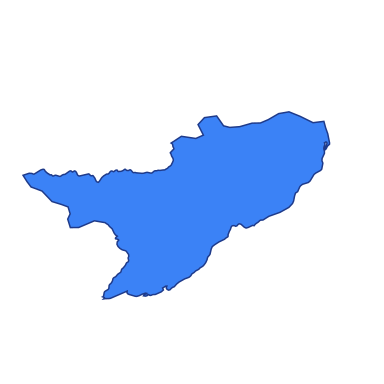 the Autonomous Province of Atsimo-Andrefana, rotated 247°
{"feature_id": "MDG-5866", "entity_name": "Atsimo-Andrefana", "entity_type": "Autonomous Province", "adm_level": 1, "iso_a3": "MDG", "parent_name": "Madagascar", "parent_adm1": "", "projection": "orthographic", "projection_center": [44.623, -23.116], "detail": "fine", "context": "isolated", "style": "filled", "palette": "blue", "viewbox_px": 384, "rotation_deg": 247, "n_neighbors": 0, "source": "natural_earth", "source_scale": "10m", "svg_char_len": 6040}
<svg xmlns="http://www.w3.org/2000/svg" viewBox="0 0 384 384"><g transform="rotate(247 192 192)"><path d="M205.5,341.0L198.9,340.1L192.5,339.7L183.4,337.8L182.2,337.2L181.3,334.6L179.3,332.3L178.8,330.8L180.0,331.3L181.1,332.3L183.0,334.5L184.3,335.4L185.3,335.4L185.8,334.7L185.5,333.1L184.6,333.3L183.7,332.8L182.1,331.3L181.1,330.6L180.2,330.2L179.2,330.0L178.0,329.9L175.8,329.0L172.1,324.9L169.9,323.8L167.9,323.8L167.2,323.6L162.3,320.3L161.6,318.8L161.1,313.5L160.5,311.2L156.0,305.0L155.3,302.8L155.9,296.7L155.3,294.4L154.7,293.3L152.0,290.4L151.7,290.1L151.4,289.8L151.0,289.3L150.9,288.7L150.7,287.3L150.4,286.7L148.3,284.9L144.0,282.0L142.1,280.0L140.0,275.2L138.9,265.0L139.6,253.2L138.5,246.6L138.6,246.0L139.1,244.7L139.3,244.0L139.2,243.3L138.4,241.2L137.9,238.5L137.5,237.3L136.7,236.1L137.6,234.7L137.4,229.9L137.7,227.7L139.1,226.4L143.2,224.5L144.3,223.0L144.2,221.9L143.3,220.1L143.4,218.8L144.4,217.9L144.7,217.4L145.1,216.3L145.1,215.7L144.9,215.0L144.2,214.1L142.5,212.7L141.3,211.1L138.6,208.5L138.2,208.3L137.8,208.2L137.4,208.1L136.9,207.6L136.7,207.3L136.5,205.7L135.8,203.4L135.5,197.3L134.6,192.2L133.8,189.3L132.0,187.4L127.7,184.3L127.0,183.3L126.0,181.2L125.1,180.3L123.9,179.5L121.7,177.1L120.4,175.0L119.7,173.6L119.4,172.6L119.0,169.8L118.2,168.0L117.9,164.4L117.1,162.5L116.7,160.1L116.4,159.5L115.5,158.4L115.2,157.7L114.7,156.2L114.7,154.6L114.9,151.4L114.2,145.1L113.3,141.9L111.8,138.8L111.7,138.1L111.8,137.4L111.8,136.8L111.3,135.1L110.6,133.5L110.8,132.1L112.1,131.0L113.8,130.8L115.2,132.1L115.6,131.0L115.5,129.9L115.2,128.6L115.1,127.4L113.0,127.4L112.1,124.7L112.0,118.5L112.1,117.8L112.7,116.4L112.9,115.7L112.9,114.1L113.0,113.4L113.2,113.0L113.5,112.8L113.7,112.4L114.1,112.3L114.4,112.1L114.6,111.9L114.1,110.1L114.2,109.2L114.4,108.3L114.9,107.6L115.4,106.8L116.1,107.8L116.2,109.0L115.9,111.4L117.1,109.6L117.4,106.4L117.2,102.9L117.5,100.3L118.2,99.0L122.4,93.9L123.5,93.0L124.7,92.8L126.1,93.6L126.0,75.4L126.4,73.7L127.7,70.6L128.1,68.9L128.6,70.1L129.1,70.1L130.3,68.9L130.3,69.3L131.3,70.3L133.6,71.8L134.3,72.5L134.6,73.4L135.1,76.9L135.8,77.8L138.5,79.3L139.1,80.2L139.4,81.3L140.0,82.5L141.3,84.1L143.1,85.4L143.5,86.1L143.7,86.7L143.8,88.2L143.9,88.8L145.1,91.1L145.5,92.2L145.7,93.7L146.2,95.3L148.3,97.0L148.7,97.9L148.9,98.8L149.5,100.0L150.5,101.9L152.0,103.6L152.4,104.2L152.6,105.7L152.9,106.3L153.7,106.9L154.5,107.1L155.3,107.2L156.2,107.4L156.6,107.7L157.3,108.5L157.9,108.8L159.3,109.2L160.6,108.9L162.9,108.4L163.9,107.9L165.5,105.8L166.6,104.7L168.5,103.5L170.8,102.6L173.2,102.5L175.3,103.7L176.3,105.7L176.9,105.7L178.1,104.4L178.7,103.4L178.9,103.3L179.6,103.7L179.9,104.2L180.5,106.0L182.4,104.8L184.5,104.3L189.3,104.1L192.5,102.6L194.8,102.0L196.2,100.9L197.7,100.1L203.6,90.9L203.6,73.8L206.8,66.1L215.6,67.0L219.5,71.3L226.7,72.1L231.5,67.0L237.9,59.4L251.5,54.3L259.5,45.8L265.9,44.2L273.4,43.0L272.9,49.2L272.8,49.5L272.7,49.9L272.5,50.2L271.7,51.8L271.2,52.3L270.5,53.0L270.3,53.2L270.2,53.6L270.2,54.0L271.3,60.9L271.4,61.7L271.2,63.4L271.1,63.8L270.8,64.4L270.5,64.7L270.2,64.8L269.8,64.9L268.6,65.0L267.6,65.5L266.9,65.6L266.1,66.2L265.4,66.4L265.2,66.6L265.0,67.0L264.8,67.2L264.4,67.3L264.1,67.4L263.7,67.5L263.5,67.8L263.3,68.0L263.1,68.3L262.9,69.1L262.7,69.3L262.4,69.5L261.7,69.7L261.4,69.9L261.1,70.1L261.0,70.4L260.9,70.8L260.9,72.0L260.9,72.4L260.8,72.8L260.7,73.1L260.5,73.4L258.1,76.2L258.0,76.5L257.9,76.9L257.9,77.3L258.3,79.2L258.3,80.1L258.3,80.5L257.9,82.0L257.9,82.4L258.0,82.7L259.0,87.2L259.0,87.7L259.0,88.0L258.9,88.4L258.8,88.7L258.5,89.0L257.3,89.6L257.1,89.8L257.1,90.1L257.1,90.3L257.2,91.0L257.3,91.7L257.3,92.1L257.1,92.4L256.9,92.6L256.6,92.8L256.3,93.0L255.5,93.2L254.8,93.3L252.6,93.3L252.2,93.4L251.9,93.5L251.6,93.7L251.3,93.9L251.1,94.1L250.9,94.4L250.7,94.7L250.6,95.1L249.1,103.7L249.0,104.0L248.7,104.3L248.4,104.4L248.1,104.6L247.4,104.8L247.0,104.9L246.7,105.1L246.5,105.3L246.3,105.6L246.2,105.9L246.0,106.7L245.9,107.1L245.6,107.3L245.3,107.4L242.7,108.0L240.1,108.0L239.3,108.1L238.6,108.4L238.4,108.5L237.9,109.0L237.7,109.3L237.5,109.6L237.8,110.3L238.3,111.3L239.6,113.2L240.6,114.8L240.9,115.8L241.1,116.3L241.3,116.8L241.8,119.8L241.9,120.2L241.8,120.6L241.5,121.3L241.4,121.6L241.4,122.0L241.5,122.6L241.8,123.2L242.6,124.5L242.8,125.2L242.9,125.8L242.8,126.1L242.6,126.5L242.4,126.7L241.4,127.6L241.3,128.0L241.4,128.5L241.7,129.5L241.8,130.1L241.8,130.6L241.6,131.3L241.4,131.6L241.1,131.8L240.3,131.8L239.9,131.9L239.7,132.1L239.5,132.4L239.2,133.6L238.9,134.2L238.8,134.6L238.7,135.4L238.7,136.3L238.7,136.8L238.8,137.4L239.1,138.5L239.2,138.9L239.1,139.3L238.9,139.5L238.7,139.7L237.6,140.1L237.4,140.3L237.2,140.6L236.6,141.9L236.6,142.3L236.7,143.0L236.7,143.4L236.6,143.7L236.4,144.0L236.2,144.2L235.2,144.6L233.8,145.0L233.1,145.3L232.8,145.5L232.6,145.8L232.5,146.2L232.4,146.6L232.3,146.9L232.2,147.3L232.0,147.5L231.7,147.8L231.3,148.4L228.7,153.3L228.2,154.8L228.1,155.6L227.9,157.4L227.7,158.2L227.4,158.8L225.6,161.3L225.4,161.6L225.3,162.0L225.2,162.4L225.3,162.8L225.3,163.2L225.9,164.8L225.9,165.2L226.0,165.6L226.0,166.1L225.9,166.5L225.5,167.4L225.4,167.7L225.3,168.0L225.3,168.9L225.2,169.3L225.1,169.6L224.9,169.9L224.6,170.5L224.3,171.2L223.6,173.9L223.1,175.2L223.0,175.7L223.1,176.1L223.3,177.1L223.3,178.1L223.4,178.5L223.5,178.9L223.7,179.4L223.9,179.7L224.2,180.4L224.3,180.8L224.4,182.0L224.5,182.4L224.7,182.9L225.1,183.6L225.2,183.8L225.8,184.3L226.4,185.1L228.2,187.0L228.6,187.2L229.1,187.4L230.0,187.6L230.6,187.6L233.1,187.3L233.5,187.3L234.7,187.5L235.1,187.5L236.2,187.3L236.5,187.3L236.8,187.5L237.0,188.0L237.2,188.8L237.5,189.4L237.7,189.7L238.1,190.3L238.3,191.4L238.5,191.8L238.7,192.1L239.1,192.3L239.8,192.3L241.2,192.2L242.0,192.4L243.1,192.7L243.5,192.7L243.9,192.6L244.3,192.5L245.2,191.9L247.4,204.0L239.8,216.4L239.9,224.7L251.7,223.9L255.6,232.5L252.4,244.4L240.6,246.9L236.7,252.0L233.5,261.4L231.9,274.2L228.8,281.9L228.8,290.4L230.3,302.4L227.9,312.6L219.4,321.1L208.5,330.5L205.5,341.0Z" fill="#3b82f6" stroke="#1e3a8a" stroke-width="1.5"/></g></svg>